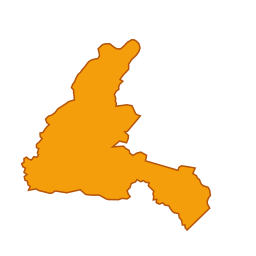 Quinze de Novembro, Rio Grande do Sul, Brazil (orthographic projection), rotated 192°
{"feature_id": "56859067B70559622092881", "entity_name": "Quinze de Novembro", "entity_type": "district", "adm_level": 2, "iso_a3": "BRA", "parent_name": "Brazil", "parent_adm1": "Rio Grande do Sul", "projection": "orthographic", "projection_center": [-53.12, -28.781], "detail": "fine", "context": "isolated", "style": "filled", "palette": "amber", "viewbox_px": 256, "rotation_deg": 192, "n_neighbors": 0, "source": "geoboundaries", "source_scale": "gbopen_adm2", "svg_char_len": 2237}
<svg xmlns="http://www.w3.org/2000/svg" viewBox="0 0 256 256"><g transform="rotate(192 128 128)"><path d="M207.4,112.6L209.0,109.5L210.3,106.0L213.0,104.7L212.0,101.2L209.8,99.9L211.6,96.4L214.1,92.9L213.5,89.9L211.0,89.2L211.5,84.8L209.9,82.9L211.2,80.4L214.2,80.3L215.8,76.6L218.5,76.9L221.2,78.4L223.4,76.4L222.6,73.0L224.6,70.9L222.7,68.2L220.0,67.4L220.6,63.1L217.2,61.4L219.4,58.9L218.0,55.6L215.5,55.2L213.9,51.6L211.5,50.5L212.4,46.4L205.3,49.3L202.3,48.3L190.7,47.9L188.6,48.7L186.1,51.3L174.5,51.9L161.8,57.7L155.6,54.2L150.7,54.6L142.1,56.4L134.7,54.1L132.4,53.9L122.4,55.9L119.2,57.9L114.0,58.5L111.6,61.3L114.0,63.5L115.9,66.6L113.6,70.1L113.3,74.3L109.4,76.9L108.5,79.4L104.4,78.1L102.0,79.8L99.1,78.5L96.0,78.9L96.1,75.6L93.0,73.8L89.6,71.5L89.9,68.9L88.5,66.0L88.4,62.9L85.0,64.1L84.9,60.9L81.7,60.1L78.3,62.0L75.9,60.2L71.9,60.5L69.8,57.9L67.6,55.9L65.3,54.7L60.8,54.8L59.1,50.9L56.3,48.7L54.7,44.5L52.0,44.8L51.4,42.3L49.0,40.5L31.4,66.6L34.4,70.0L35.3,72.4L34.8,76.1L33.4,79.3L35.1,83.9L37.4,86.7L42.8,87.2L45.1,88.8L47.5,92.5L49.8,93.4L51.0,95.5L55.1,96.9L54.0,102.8L64.3,102.4L67.9,102.1L70.0,100.1L70.3,97.0L104.1,99.5L104.1,105.1L110.4,107.1L114.1,105.3L117.4,102.2L121.0,103.7L122.2,106.3L126.0,107.5L128.5,109.3L134.2,107.8L139.1,106.3L133.7,113.4L126.4,113.2L125.6,117.7L126.0,120.8L130.4,123.5L127.8,124.8L120.9,137.7L118.5,142.4L121.2,142.7L123.5,143.6L128.7,150.6L133.8,150.5L144.3,146.8L144.4,149.5L146.0,151.7L146.1,154.2L148.3,158.0L147.0,161.9L145.0,163.7L145.7,166.5L145.2,169.1L142.8,172.7L145.9,173.8L144.7,176.7L143.1,180.0L141.5,182.3L139.6,185.7L140.6,190.5L138.8,195.4L134.9,201.1L133.3,204.9L132.9,208.8L134.9,212.7L137.9,214.7L140.2,215.5L142.7,215.1L146.4,211.7L149.1,207.2L151.6,204.0L154.9,203.1L157.9,203.9L163.4,206.6L168.0,205.5L170.3,204.2L173.7,199.2L171.6,194.9L170.9,192.4L172.0,189.6L175.7,188.2L178.7,186.3L180.3,184.5L181.5,182.2L183.1,178.6L184.8,175.7L185.9,173.0L188.2,169.5L189.3,165.7L189.8,162.4L191.2,159.0L191.8,155.8L189.1,153.9L188.6,151.3L187.5,148.4L186.2,144.3L189.3,142.7L191.7,141.3L193.7,139.0L197.5,135.2L200.6,132.1L202.5,128.0L205.4,124.7L208.2,123.1L210.5,119.5L208.4,116.3L205.7,114.8L207.4,112.6Z" fill="#f59e0b" stroke="#b45309" stroke-width="1.5"/></g></svg>